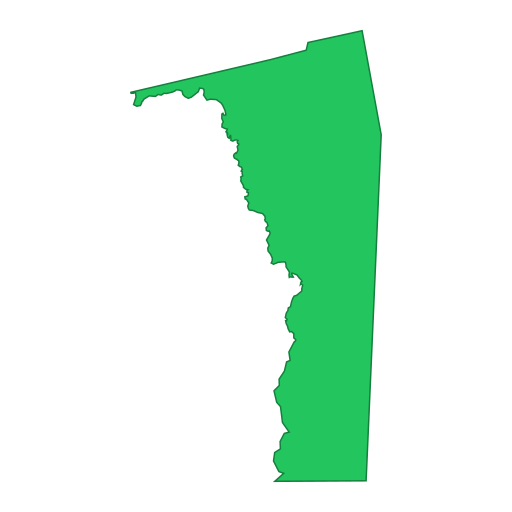 outline of Jasper, Texas, United States of America
{"feature_id": "52423323B15193843372165", "entity_name": "Jasper", "entity_type": "district", "adm_level": 2, "iso_a3": "USA", "parent_name": "United States of America", "parent_adm1": "Texas", "projection": "mercator", "projection_center": [-94.183, 30.7], "detail": "fine", "context": "isolated", "style": "filled", "palette": "green", "viewbox_px": 512, "rotation_deg": 0, "n_neighbors": 0, "source": "geoboundaries", "source_scale": "gbopen_adm2", "svg_char_len": 2689}
<svg xmlns="http://www.w3.org/2000/svg" viewBox="0 0 512 512"><path d="M362.1,30.7L308.0,42.5L306.2,50.2L269.7,59.8L130.9,92.3L130.8,92.9L131.6,93.3L133.6,93.2L135.5,92.4L136.0,97.1L134.2,102.7L133.6,104.6L136.7,106.2L140.4,105.5L141.6,103.2L141.6,102.2L141.4,102.3L142.6,101.3L144.0,99.1L149.2,95.9L155.5,96.4L158.0,94.5L161.3,95.1L164.0,93.3L166.5,93.5L172.1,92.2L174.7,91.1L176.4,89.8L179.4,90.1L182.0,91.0L182.9,94.5L184.8,96.5L188.3,98.3L191.3,97.2L198.3,91.7L199.6,88.1L202.2,88.4L203.8,89.2L204.2,92.3L203.5,95.0L206.9,100.1L210.4,99.2L216.3,99.6L221.1,103.0L222.7,105.3L225.0,110.4L225.9,114.7L224.8,115.3L223.5,114.8L223.0,113.3L222.3,113.5L221.9,114.2L221.8,118.5L223.3,122.0L222.1,123.9L221.9,127.0L225.1,128.6L227.3,129.1L226.9,130.4L226.0,131.6L226.5,132.8L227.3,132.6L227.8,133.9L227.1,134.4L227.4,135.9L227.9,137.4L229.2,138.3L229.7,137.0L230.4,134.8L230.7,136.4L230.9,139.0L230.9,140.4L232.9,141.1L235.1,140.0L237.0,140.0L238.0,140.6L237.2,141.7L237.6,143.4L238.6,143.6L238.7,144.7L237.2,146.5L238.0,150.1L237.2,151.9L236.3,153.3L235.7,152.9L234.0,154.4L233.6,156.0L234.4,158.1L236.6,159.3L238.8,160.9L238.9,163.3L238.2,165.2L239.9,166.6L241.5,167.2L242.4,169.5L241.6,170.0L241.2,171.2L242.3,171.6L242.1,173.4L242.7,175.9L240.7,177.0L241.1,178.6L240.8,181.0L243.4,185.6L243.5,187.4L245.7,189.2L247.8,189.8L247.0,190.3L247.0,192.3L248.4,192.6L248.2,195.1L247.6,196.0L244.8,196.8L245.2,199.0L246.5,199.4L248.2,202.1L248.8,202.8L247.8,206.1L248.2,208.1L249.3,210.0L253.2,210.5L257.8,212.5L262.5,213.5L264.9,216.2L265.3,218.9L264.7,219.7L265.5,221.6L266.9,222.3L268.0,225.7L266.1,227.8L266.4,230.5L268.2,231.3L269.3,231.0L270.2,233.2L269.1,235.5L266.5,240.0L269.1,245.4L267.8,248.0L268.1,251.1L270.6,254.3L272.3,258.1L272.2,260.9L271.2,263.0L273.5,264.2L278.3,262.3L283.3,261.9L285.4,262.1L286.0,264.7L286.1,266.9L289.4,272.0L289.0,275.2L289.3,277.3L289.8,276.9L292.0,277.1L293.3,277.1L292.5,275.6L291.6,274.0L292.0,273.1L293.9,273.7L297.0,274.9L299.2,277.9L301.3,280.0L302.0,281.5L301.0,282.0L300.5,284.4L300.7,284.2L301.0,283.6L302.7,285.1L301.8,288.6L301.8,290.6L301.4,291.4L299.9,292.6L296.7,295.3L294.1,296.1L292.8,298.4L291.6,301.7L290.4,306.8L288.3,307.9L287.9,310.6L286.3,313.1L285.3,317.6L287.1,319.3L286.6,320.6L285.6,320.6L286.2,323.5L287.6,326.4L288.1,328.7L289.7,331.9L291.4,331.5L293.8,333.6L293.8,337.9L295.8,339.7L295.3,341.2L294.2,341.9L288.9,352.0L290.1,360.4L286.6,361.9L284.4,371.1L279.1,379.1L279.3,385.4L274.0,390.8L276.7,402.3L280.5,406.6L282.5,422.6L289.2,432.1L284.3,433.4L280.1,441.5L280.4,448.9L274.7,452.5L273.5,461.0L278.9,471.6L283.7,473.3L274.8,481.3L366.1,480.8L381.2,134.8L362.1,30.7Z" fill="#22c55e" stroke="#15803d" stroke-width="1.5"/></svg>